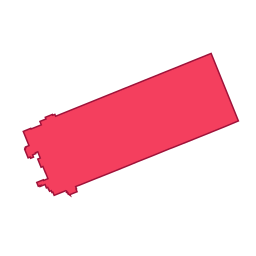 outline of Laverton, Western Australia, Australia, rotated 338°
{"feature_id": "25037944B80817080024086", "entity_name": "Laverton", "entity_type": "district", "adm_level": 2, "iso_a3": "AUS", "parent_name": "Australia", "parent_adm1": "Western Australia", "projection": "mercator", "projection_center": [123.06, -27.938], "detail": "fine", "context": "isolated", "style": "filled", "palette": "rose", "viewbox_px": 256, "rotation_deg": 338, "n_neighbors": 0, "source": "geoboundaries", "source_scale": "gbopen_adm2", "svg_char_len": 3186}
<svg xmlns="http://www.w3.org/2000/svg" viewBox="0 0 256 256"><g transform="rotate(338 128 128)"><path d="M233.0,90.0L221.7,90.0L214.0,90.0L180.8,90.0L161.3,90.0L141.6,90.0L120.6,90.0L111.0,90.0L110.4,90.0L110.1,90.0L109.7,90.0L109.3,90.0L109.0,90.0L108.6,90.0L108.3,90.0L107.7,90.0L107.4,90.0L107.0,90.0L106.4,90.0L106.0,90.0L105.7,90.0L105.0,90.0L104.8,90.0L104.3,90.0L103.8,90.0L103.5,90.0L103.1,90.0L102.8,90.0L102.4,90.0L101.8,90.0L101.5,90.0L101.1,90.0L100.7,90.0L100.4,90.0L100.0,90.0L99.7,90.0L99.2,90.0L98.5,90.0L98.3,90.0L97.7,90.0L97.1,90.0L96.8,90.0L96.4,90.0L96.1,90.0L95.7,90.0L95.3,90.0L95.0,90.0L94.7,90.0L94.3,90.0L93.7,90.0L93.0,90.0L92.8,90.0L92.3,90.0L91.8,90.0L91.5,90.0L91.1,90.0L90.6,90.0L90.4,90.0L89.8,90.0L89.2,90.0L88.7,90.0L88.1,90.0L87.5,90.0L87.0,90.0L86.7,90.0L86.3,90.0L85.7,90.0L85.1,90.0L84.4,90.0L83.9,90.0L83.3,90.0L82.9,90.0L82.3,90.0L81.7,90.0L81.2,90.0L80.6,90.0L79.9,90.0L79.5,90.0L79.1,90.0L78.8,90.0L78.4,90.0L77.9,90.0L77.6,90.0L77.4,90.0L76.9,90.0L76.5,90.0L76.1,90.0L75.7,90.0L75.4,90.0L75.1,90.0L74.7,90.0L74.4,90.0L74.0,90.0L73.6,90.0L73.3,90.0L73.0,90.0L72.6,90.0L72.1,90.0L71.9,90.0L71.4,90.0L71.2,90.0L70.7,90.0L70.4,90.0L70.0,90.0L69.6,90.0L69.2,90.0L68.9,90.0L68.5,90.0L67.9,90.0L67.5,90.0L67.1,90.0L66.7,90.0L66.1,90.0L65.7,90.0L65.3,90.0L65.3,88.0L65.0,88.0L64.6,88.0L64.1,88.0L63.5,88.0L63.0,88.0L63.0,87.1L62.6,87.1L62.2,87.1L61.9,87.1L61.5,87.1L61.1,87.1L60.7,87.1L60.2,87.1L59.9,87.1L59.5,87.1L59.1,87.1L58.6,87.1L58.2,87.1L57.9,87.1L55.3,87.1L55.3,88.9L48.8,88.9L48.8,92.6L37.7,92.6L37.7,91.9L29.6,91.9L29.6,107.2L26.0,107.2L26.0,108.0L24.7,108.0L24.7,109.3L24.2,109.3L24.2,112.1L24.2,118.3L24.4,118.3L24.6,118.3L25.9,118.3L26.4,118.3L26.4,119.6L26.8,119.6L27.2,119.6L27.5,119.6L27.9,119.6L28.2,119.6L28.7,119.6L29.1,119.6L29.5,119.6L29.5,118.3L29.5,117.2L32.9,117.2L32.9,116.3L34.5,116.3L35.4,116.3L35.4,123.0L32.7,123.0L32.7,131.8L34.7,131.8L34.7,138.3L34.8,138.3L34.8,138.8L34.8,139.9L34.8,140.2L34.8,140.7L34.8,141.0L34.8,141.6L34.8,142.5L34.8,145.0L32.5,145.0L31.7,145.0L31.3,145.0L31.1,145.0L30.8,145.0L30.1,145.0L30.1,144.3L24.9,144.3L23.0,144.3L23.0,148.4L24.4,148.4L24.4,149.3L24.9,149.3L24.9,148.6L26.2,148.6L26.2,149.3L29.9,149.3L29.9,153.0L31.3,153.0L31.3,155.4L31.6,155.4L31.6,157.3L32.4,157.3L33.3,157.3L33.3,159.3L34.3,159.3L34.3,161.7L34.3,162.8L34.9,162.8L37.3,162.8L41.3,162.8L42.2,162.8L46.8,162.8L47.0,163.0L47.3,163.3L47.2,163.4L47.3,163.5L47.3,164.0L47.3,164.3L47.2,164.3L47.2,164.5L47.1,164.4L47.0,164.5L47.2,164.8L47.4,164.8L47.4,164.7L47.5,164.4L47.5,164.5L47.5,164.8L47.4,164.8L47.5,164.9L47.7,164.7L47.6,164.4L47.7,164.5L47.8,164.8L47.7,164.9L47.6,165.0L47.3,164.9L47.2,165.0L47.3,165.1L47.4,165.3L47.5,165.5L47.8,166.1L47.8,166.3L47.8,166.5L48.0,166.4L48.0,166.5L47.9,166.7L48.0,166.9L48.1,167.0L48.1,167.3L48.3,167.4L48.4,167.5L48.5,167.6L48.7,167.8L48.8,167.9L48.8,168.0L48.9,168.4L49.0,168.6L49.2,168.9L49.2,168.0L56.9,168.0L56.9,165.1L57.5,165.1L57.5,162.7L60.7,162.7L60.8,162.8L67.5,162.8L78.1,162.8L92.6,162.9L115.0,162.9L123.1,162.8L140.9,162.9L158.7,162.8L162.1,162.9L186.5,163.0L218.8,163.0L233.0,162.8L233.0,133.4L233.0,90.0Z" fill="#f43f5e" stroke="#9f1239" stroke-width="1.5"/></g></svg>